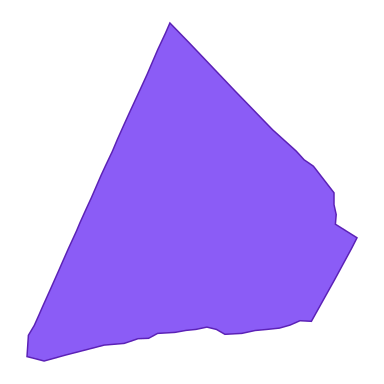 outline of Monteirópolis, Alagoas, Brazil
{"feature_id": "56859067B73934188200413", "entity_name": "Monteirópolis", "entity_type": "district", "adm_level": 2, "iso_a3": "BRA", "parent_name": "Brazil", "parent_adm1": "Alagoas", "projection": "robinson", "projection_center": [-37.302, -9.591], "detail": "fine", "context": "isolated", "style": "filled", "palette": "violet", "viewbox_px": 384, "rotation_deg": 0, "n_neighbors": 0, "source": "geoboundaries", "source_scale": "gbopen_adm2", "svg_char_len": 828}
<svg xmlns="http://www.w3.org/2000/svg" viewBox="0 0 384 384"><path d="M296.2,151.1L272.6,129.8L235.0,91.0L190.3,44.0L169.9,23.0L165.6,32.9L157.9,49.3L152.3,62.3L147.3,74.0L139.5,91.0L129.4,112.8L123.9,124.9L117.4,139.4L112.3,151.5L105.4,166.0L101.1,175.3L97.5,183.6L91.3,197.9L85.8,209.8L79.9,222.9L76.5,231.0L68.4,248.6L62.4,262.2L58.6,270.9L49.6,291.1L42.8,306.2L39.0,314.9L34.3,325.4L28.4,335.3L27.0,356.6L44.1,361.0L65.4,355.1L104.1,345.1L124.2,343.4L138.0,338.7L148.6,338.3L157.6,333.4L174.9,332.4L186.0,330.4L196.0,329.4L206.9,327.1L216.4,329.4L224.9,334.3L241.8,333.4L255.1,330.5L267.1,329.4L279.4,328.1L290.0,325.1L300.0,320.7L311.4,321.3L334.5,279.9L351.8,248.0L357.0,237.8L335.4,224.2L336.2,214.6L334.0,204.7L334.0,192.8L313.4,166.2L304.1,159.8L296.2,151.1Z" fill="#8b5cf6" stroke="#5b21b6" stroke-width="1.5"/></svg>